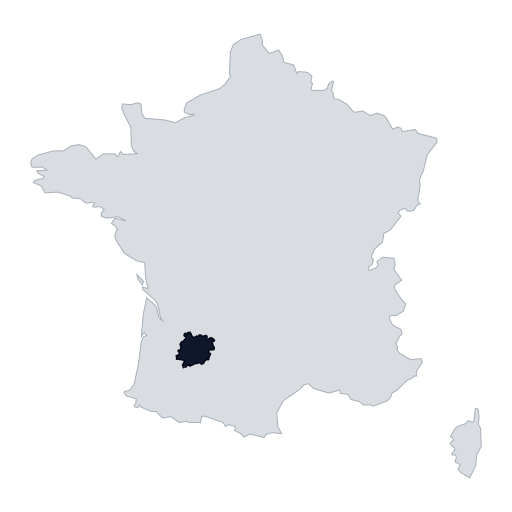 where Lot-et-Garonne sits in France
{"feature_id": "FRA-5319", "entity_name": "Lot-et-Garonne", "entity_type": "Metropolitan department", "adm_level": 1, "iso_a3": "FRA", "parent_name": "France", "parent_adm1": "", "projection": "mercator", "projection_center": [0.533, 44.365], "detail": "fine", "context": "in_parent", "style": "filled", "palette": "ink", "viewbox_px": 512, "rotation_deg": 0, "n_neighbors": 0, "source": "natural_earth", "source_scale": "10m", "svg_char_len": 6179}
<svg xmlns="http://www.w3.org/2000/svg" viewBox="0 0 512 512"><path d="M420.4,203.6L416.6,205.7L414.2,210.0L411.8,211.0L407.4,211.0L405.3,208.3L400.0,210.1L397.9,212.8L401.0,216.1L390.5,229.8L383.9,233.4L382.4,242.3L374.6,249.0L371.6,255.9L371.4,257.3L373.4,259.6L372.5,264.1L368.6,267.0L368.6,269.9L369.7,270.3L375.8,268.0L378.1,265.3L376.9,261.7L383.0,257.2L393.9,258.3L395.2,264.3L393.8,269.3L401.7,280.2L394.8,285.2L394.4,288.5L401.4,299.3L405.8,303.8L403.5,311.0L396.0,315.7L391.3,315.3L389.3,316.5L389.5,318.7L392.7,325.2L400.8,329.4L402.0,334.3L399.7,336.0L396.0,343.4L397.6,347.0L397.0,348.6L397.8,351.1L400.0,353.6L411.0,359.8L421.0,358.6L422.3,362.2L416.2,371.7L416.5,376.0L413.4,376.1L412.9,377.6L406.7,380.7L396.7,390.3L392.1,393.1L390.2,398.0L387.5,400.7L373.2,406.1L370.5,404.9L363.5,405.0L359.2,401.6L350.8,399.4L348.1,394.4L340.3,393.4L339.9,390.0L329.0,393.1L313.6,388.5L308.2,383.6L303.7,384.9L299.8,389.3L283.2,400.9L276.7,412.9L277.9,426.8L281.7,433.6L271.7,432.6L265.7,434.6L264.1,437.5L249.9,434.0L244.6,436.9L243.2,436.7L241.3,433.8L234.3,430.5L235.4,428.3L234.5,426.2L227.9,424.6L225.6,426.6L223.1,422.5L204.7,416.2L201.7,416.3L200.5,422.6L188.7,422.4L187.0,421.3L179.3,422.6L171.2,416.7L162.2,417.9L156.6,411.8L151.2,411.4L143.6,408.3L140.2,406.7L139.7,404.9L137.5,407.6L134.7,407.0L134.0,406.2L135.9,402.8L136.2,398.9L126.7,396.0L124.2,393.2L124.2,391.7L129.3,390.3L133.9,384.9L138.3,365.0L141.4,341.2L143.8,336.7L146.7,335.5L144.3,332.2L141.4,336.5L143.2,314.5L146.6,297.9L154.6,304.7L156.5,307.7L158.9,317.5L163.4,321.7L160.5,317.7L157.6,304.5L155.7,300.8L143.0,289.7L142.5,287.2L148.2,288.5L145.9,280.2L144.6,262.6L136.8,260.9L124.4,253.4L115.8,239.8L114.8,234.7L117.1,229.3L115.1,225.9L111.5,223.5L114.3,218.9L116.8,218.4L125.8,221.1L118.5,216.7L106.6,218.2L101.8,216.6L101.0,213.4L104.2,209.2L100.2,206.6L93.4,207.2L92.6,206.1L94.6,203.1L92.9,202.0L87.3,203.2L84.2,202.2L81.2,198.8L72.2,198.0L70.2,196.1L57.8,192.1L44.9,192.8L41.3,185.9L33.4,182.6L34.9,180.4L42.8,178.4L44.4,176.5L38.6,173.6L36.6,170.8L47.1,170.1L42.3,167.1L32.1,167.3L30.7,163.2L32.0,158.9L38.0,155.1L52.9,151.0L63.7,150.8L71.4,145.9L78.9,144.6L86.1,147.0L95.9,159.1L103.6,153.8L115.2,153.9L117.6,156.9L120.6,151.4L123.2,154.6L137.3,153.6L134.0,151.4L131.4,146.3L130.8,127.2L123.6,113.3L121.8,108.2L122.2,103.9L130.6,104.7L137.6,102.8L141.0,104.1L141.8,113.1L144.8,118.3L164.2,119.9L175.5,122.7L184.9,117.6L193.8,115.3L194.5,114.1L189.4,114.6L184.7,112.4L184.1,110.1L186.5,103.0L200.0,95.2L219.8,88.6L224.9,84.1L230.8,76.1L229.5,74.0L230.4,52.0L233.3,44.7L240.8,39.5L260.1,34.1L262.5,41.2L262.4,45.2L267.5,51.4L270.0,53.4L278.4,50.0L282.5,55.8L283.7,62.3L293.8,65.0L296.8,73.4L298.6,71.6L305.0,72.0L307.9,72.7L312.0,76.4L310.8,81.4L312.6,83.9L310.9,88.5L312.1,90.4L323.7,90.4L327.2,88.4L328.8,83.7L332.3,81.0L333.6,81.8L331.4,90.5L333.0,92.7L333.9,98.8L338.2,99.3L346.8,104.2L354.0,112.3L362.9,111.0L369.9,115.5L377.1,113.1L383.9,115.6L386.3,117.9L392.7,129.2L397.6,127.0L401.0,128.3L402.1,131.5L415.2,129.6L417.5,132.8L420.2,134.0L436.7,138.2L436.9,142.4L427.4,154.4L423.2,171.3L420.4,177.1L419.4,181.4L420.1,184.3L419.7,188.9L417.7,199.8L418.8,202.9L420.4,203.6ZM479.1,417.6L478.2,423.9L480.5,428.4L481.3,446.4L476.6,455.1L475.7,465.5L469.8,477.9L460.6,472.4L457.9,469.3L460.4,464.6L455.1,462.0L456.3,457.4L455.8,455.1L452.0,454.9L451.8,453.7L454.6,450.1L454.5,447.9L451.0,445.1L450.3,442.7L453.7,439.9L452.2,437.4L450.3,436.7L454.9,428.6L458.1,426.1L465.3,423.8L468.3,420.7L473.0,422.4L473.8,421.6L475.4,408.5L477.0,408.3L478.5,410.1L479.1,417.6ZM143.5,281.1L142.4,285.1L137.6,278.3L136.9,274.5L143.5,281.1Z" fill="#d9dde1" stroke="#a8b0b8" stroke-width="1"/><path d="M176.6,359.2L176.6,357.5L176.5,356.7L176.2,355.9L178.5,354.7L179.5,353.7L179.1,352.4L178.2,351.3L178.0,350.7L178.3,350.3L180.5,349.6L181.1,349.7L181.1,349.1L181.0,348.7L180.8,348.3L180.6,347.8L180.6,347.4L180.9,346.6L181.0,346.1L180.9,345.7L180.4,345.3L180.2,345.0L180.1,344.5L180.2,344.0L180.4,343.5L181.7,341.7L181.9,341.5L182.6,341.7L182.9,341.6L183.2,341.4L186.0,337.8L186.1,337.0L185.9,336.6L184.6,336.2L184.2,335.8L184.1,335.2L184.1,334.6L184.4,334.0L184.7,333.6L185.2,333.4L185.6,333.3L186.0,333.3L186.3,333.7L186.6,334.1L186.9,334.4L187.4,334.4L187.6,334.1L187.7,333.8L187.7,333.0L187.8,332.6L188.0,332.4L189.2,332.5L189.6,332.5L190.0,332.3L191.0,333.8L191.7,335.5L192.5,336.9L193.8,337.5L194.5,337.3L196.5,336.1L196.9,336.1L197.5,336.5L197.8,336.6L198.3,336.3L198.8,335.4L199.1,335.1L199.5,335.0L200.8,335.0L201.1,335.2L201.5,335.9L202.2,336.2L203.8,336.1L205.6,335.4L206.2,335.5L206.8,336.0L207.1,336.8L207.0,337.6L206.4,338.3L207.1,339.4L208.1,339.3L210.2,337.8L211.2,337.8L212.6,338.4L213.9,339.4L214.5,340.6L214.1,341.0L212.5,341.8L212.2,342.1L212.1,342.4L212.1,342.7L212.2,342.8L212.4,343.1L212.6,343.4L212.7,343.6L212.8,343.8L212.7,344.5L212.8,344.8L212.9,345.0L213.0,345.2L213.1,345.4L213.2,346.0L213.3,346.2L213.5,346.5L214.0,346.9L214.2,347.3L214.3,347.7L214.2,348.2L214.1,349.2L213.7,349.7L211.2,349.9L210.5,349.8L210.1,349.6L209.9,349.4L209.6,349.2L209.3,349.3L209.1,349.5L209.0,350.0L209.0,350.3L209.0,350.6L209.0,350.9L208.9,351.2L208.6,351.8L208.5,352.1L208.8,352.6L208.9,352.8L209.1,353.0L209.9,353.3L210.2,353.4L210.4,353.6L210.5,353.9L210.4,354.2L210.3,354.5L209.2,357.0L208.8,357.4L208.1,357.9L208.1,358.1L208.2,358.3L208.5,358.4L208.7,358.6L208.8,358.9L208.8,359.3L208.6,359.5L208.4,359.7L208.1,359.7L207.8,359.7L207.5,359.6L207.0,359.4L206.7,359.3L206.4,359.3L206.1,359.5L205.9,359.6L205.8,359.9L205.8,360.1L205.7,360.5L205.4,360.7L204.7,361.0L204.3,361.5L204.1,362.2L204.1,362.4L204.0,362.9L202.0,364.1L201.4,364.2L201.2,364.0L200.3,363.1L199.9,362.9L199.3,362.7L198.8,362.7L196.6,363.6L196.4,363.6L196.1,363.5L195.6,363.3L195.3,363.4L195.0,363.6L194.7,363.8L192.4,365.0L191.8,365.1L191.3,365.3L190.5,365.9L190.2,366.0L189.9,366.0L189.7,365.9L189.1,365.6L187.6,365.0L187.3,365.1L187.0,365.3L186.9,365.5L186.4,366.4L186.2,366.7L186.0,366.9L185.6,367.2L185.3,367.3L185.1,367.2L184.8,366.8L184.5,366.7L184.3,366.7L183.5,367.0L183.3,367.3L182.5,364.8L183.1,364.2L183.8,362.3L184.9,360.7L184.4,360.3L178.1,359.1L176.6,359.2Z" fill="#0f172a" stroke="#020617" stroke-width="1.5"/></svg>